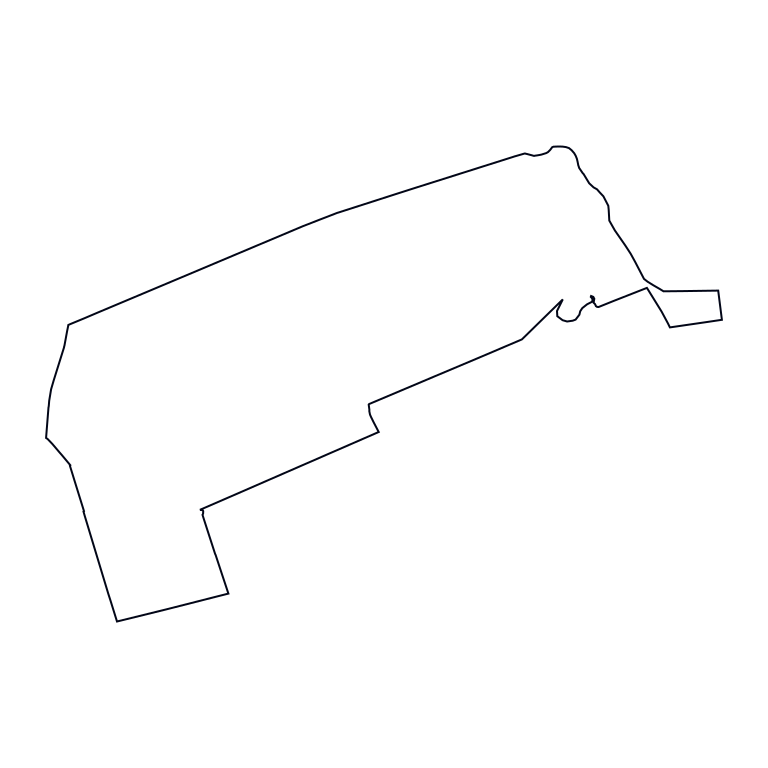 the district of Cilieni, Olt, Romania
{"feature_id": "2599482B82489722480491", "entity_name": "Cilieni", "entity_type": "district", "adm_level": 2, "iso_a3": "ROU", "parent_name": "Romania", "parent_adm1": "Olt", "projection": "natural_earth1", "projection_center": [24.598, 43.879], "detail": "fine", "context": "isolated", "style": "outline", "palette": "ink", "viewbox_px": 768, "rotation_deg": 0, "n_neighbors": 0, "source": "geoboundaries", "source_scale": "gbopen_adm2", "svg_char_len": 2111}
<svg xmlns="http://www.w3.org/2000/svg" viewBox="0 0 768 768"><path d="M228.4,593.6L222.0,574.3L215.6,554.9L215.1,553.9L204.2,520.2L202.5,514.8L202.9,514.1L203.1,513.6L203.1,512.7L203.2,512.1L203.2,511.1L202.9,510.5L202.2,510.1L200.8,510.0L200.7,509.5L228.4,497.5L378.7,432.0L373.6,422.2L371.0,416.9L370.0,414.6L369.3,411.1L369.4,409.9L368.7,404.6L368.9,404.3L369.2,404.0L434.3,376.5L480.8,356.9L521.9,339.4L562.8,299.4L557.0,311.0L557.3,316.2L562.6,320.2L567.1,321.5L572.7,320.7L575.6,319.6L579.4,314.7L580.2,311.3L582.3,308.1L587.1,304.3L591.2,302.2L592.1,301.7L592.6,299.7L591.9,298.1L590.8,296.9L591.1,296.0L593.3,296.9L594.3,298.8L593.6,302.7L595.1,304.2L595.9,306.1L597.1,306.9L598.6,307.0L613.5,301.0L636.7,291.9L646.9,287.9L647.8,289.3L661.6,311.6L668.0,323.5L669.9,327.4L706.4,322.1L716.5,320.6L721.9,319.8L718.2,290.6L683.3,291.1L663.5,291.3L659.8,289.0L655.3,286.4L652.9,285.0L647.6,281.7L644.0,278.9L635.2,262.0L630.7,253.8L625.3,245.5L614.9,230.5L609.3,220.6L608.7,209.9L608.3,205.8L603.4,196.3L599.8,192.5L597.0,189.3L593.6,187.4L589.2,183.3L583.5,173.9L582.8,173.3L579.2,168.0L578.9,167.1L578.7,166.4L578.3,165.4L577.6,161.8L576.9,158.8L575.7,155.8L574.2,153.2L571.6,150.2L569.0,148.1L566.0,147.1L562.5,146.6L558.5,146.5L555.9,146.6L553.5,146.7L552.2,147.2L550.2,149.9L548.0,152.1L546.2,153.1L541.4,154.6L540.4,154.8L539.4,155.0L537.1,155.4L534.9,155.7L534.1,155.9L533.6,155.8L531.9,155.3L527.0,154.0L525.6,153.7L525.1,153.5L524.7,153.5L515.0,156.3L514.8,156.3L514.6,156.4L512.8,157.0L416.4,187.5L399.5,192.9L397.0,193.7L377.4,200.0L337.9,212.7L337.4,212.8L335.1,213.7L326.6,217.0L319.3,219.8L302.9,226.2L160.7,286.1L97.2,312.8L84.3,318.3L69.8,324.3L68.3,325.0L68.1,326.3L67.1,331.2L64.4,345.9L64.2,346.3L64.1,346.7L64.1,347.0L64.0,347.5L53.7,380.4L51.1,389.3L49.2,400.8L48.8,405.7L48.6,407.1L48.5,407.3L47.3,422.4L46.1,437.6L46.1,438.0L47.5,438.9L52.3,443.9L59.6,452.5L61.8,455.0L70.3,465.2L69.9,465.7L72.2,473.1L74.5,480.6L83.1,508.3L84.0,511.2L83.5,511.6L84.8,516.1L108.3,593.8L110.5,600.6L117.0,621.5L165.8,609.5L215.7,596.8L228.4,593.6Z" fill="none" stroke="#020617" stroke-width="2"/></svg>